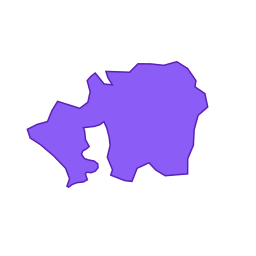 Criuleni, Equal Earth projection, rotated 131°
{"feature_id": "MDA-1634", "entity_name": "Criuleni", "entity_type": "District", "adm_level": 1, "iso_a3": "MDA", "parent_name": "Moldova", "parent_adm1": "", "projection": "equal_earth", "projection_center": [29.094, 47.155], "detail": "fine", "context": "isolated", "style": "filled", "palette": "violet", "viewbox_px": 256, "rotation_deg": 131, "n_neighbors": 0, "source": "natural_earth", "source_scale": "10m", "svg_char_len": 1079}
<svg xmlns="http://www.w3.org/2000/svg" viewBox="0 0 256 256"><g transform="rotate(131 128 128)"><path d="M64.8,153.0L57.2,142.1L46.0,134.7L44.0,122.0L47.7,107.8L53.0,104.5L51.6,92.5L59.9,81.6L72.5,83.4L85.8,77.0L98.2,67.3L112.0,62.8L123.5,52.9L139.6,68.6L141.5,79.5L140.5,89.4L152.4,94.7L165.7,90.0L169.8,95.9L174.9,110.1L169.7,112.3L163.6,124.5L153.0,130.0L147.2,136.3L142.0,143.9L139.0,150.3L144.0,151.4L148.6,154.2L148.7,154.3L155.3,160.3L157.0,161.8L158.9,158.6L164.7,152.4L167.4,145.2L170.9,145.6L175.0,147.0L178.2,146.0L179.7,140.9L177.7,136.3L175.1,131.9L174.9,127.3L177.7,124.5L181.9,124.4L185.9,126.5L186.0,126.6L188.5,130.2L190.5,130.2L193.7,124.7L198.0,126.3L202.7,130.6L202.8,130.7L207.3,133.1L211.5,133.9L211.5,134.0L212.0,135.9L204.6,138.8L199.3,148.8L197.8,165.9L198.0,183.2L199.7,195.3L195.0,203.1L185.0,199.0L175.9,193.0L164.9,196.8L154.1,198.6L144.8,177.3L134.9,175.2L125.5,180.3L119.0,189.9L113.6,189.9L108.0,188.8L110.5,174.9L105.7,168.1L103.2,176.1L99.8,181.8L84.9,163.4L73.0,162.6L64.8,153.0Z" fill="#8b5cf6" stroke="#5b21b6" stroke-width="1.5"/></g></svg>